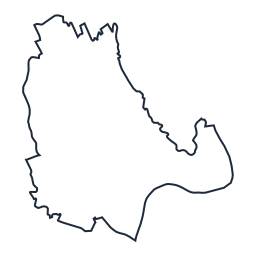 outline of Vinh, Nghệ An, Vietnam
{"feature_id": "81297802B9978574523269", "entity_name": "Vinh", "entity_type": "district", "adm_level": 2, "iso_a3": "VNM", "parent_name": "Vietnam", "parent_adm1": "Nghệ An", "projection": "robinson", "projection_center": [105.69, 18.704], "detail": "fine", "context": "isolated", "style": "outline", "palette": "slate", "viewbox_px": 256, "rotation_deg": 0, "n_neighbors": 0, "source": "geoboundaries", "source_scale": "gbopen_adm2", "svg_char_len": 4795}
<svg xmlns="http://www.w3.org/2000/svg" viewBox="0 0 256 256"><path d="M135.4,240.6L135.7,238.6L136.6,235.3L137.6,232.6L137.7,232.1L138.4,230.2L139.3,227.6L140.1,225.5L140.5,224.1L141.1,222.2L141.6,220.2L142.3,217.8L143.0,214.6L143.6,211.4L144.0,208.8L144.6,205.4L145.0,203.0L145.9,200.4L146.6,198.5L147.6,197.0L148.7,195.5L151.4,192.4L154.3,189.4L156.6,188.1L159.7,186.8L162.5,185.6L165.9,184.3L168.1,184.0L170.6,184.2L173.7,184.6L176.8,185.3L179.1,186.2L182.0,187.5L184.6,189.0L187.7,190.7L190.7,192.1L193.7,192.7L195.8,192.7L198.6,192.5L201.7,192.8L204.9,192.7L206.1,192.5L223.9,187.8L224.6,187.3L230.8,182.8L232.4,178.0L232.8,174.8L231.6,165.8L229.4,156.7L226.3,150.2L226.0,149.5L224.3,145.9L220.2,139.4L215.4,130.5L213.8,125.4L210.1,125.8L205.2,126.5L205.9,123.1L205.9,121.9L204.5,119.6L203.9,119.7L203.0,119.7L202.5,119.5L201.8,119.1L201.4,118.6L199.2,120.6L197.2,122.3L196.1,123.8L195.5,125.2L195.2,126.2L195.6,127.6L196.1,129.8L196.5,131.5L196.6,133.7L196.3,135.2L195.2,136.7L193.8,138.7L193.0,140.4L194.2,141.8L195.4,143.4L196.2,144.7L196.5,146.1L196.5,147.7L196.2,148.5L195.3,150.0L195.0,150.9L194.9,152.1L194.5,152.9L193.7,153.8L192.6,154.6L191.3,155.0L189.7,154.5L188.3,153.7L187.0,152.2L185.6,150.9L184.4,150.3L183.1,150.1L181.5,150.3L180.2,150.8L178.9,151.0L178.0,150.7L176.7,149.6L176.4,148.7L176.5,147.0L176.5,145.8L176.1,144.7L175.2,143.8L173.7,142.7L172.1,141.7L169.5,139.5L167.8,138.0L167.1,137.0L167.0,136.2L167.2,135.6L168.0,135.1L168.3,134.3L168.0,133.6L167.1,133.0L165.9,132.6L163.5,132.1L162.4,131.8L161.2,131.1L160.5,130.2L160.1,129.6L160.1,128.6L160.6,127.8L161.7,126.9L162.2,126.3L162.1,125.3L161.5,124.9L160.6,124.5L159.5,124.4L158.9,124.1L158.4,123.3L157.8,122.8L156.7,122.8L154.7,122.8L153.9,122.7L153.0,121.9L152.4,121.3L152.1,120.3L151.7,118.9L151.0,117.7L149.1,116.0L147.8,111.2L147.5,110.2L147.2,109.2L146.4,108.8L145.7,108.8L145.1,109.5L143.2,107.5L143.9,102.7L144.5,98.5L142.8,97.8L142.8,94.4L139.7,91.5L136.4,91.2L133.3,88.3L128.4,80.7L121.8,69.2L119.9,64.0L119.6,62.9L119.5,61.8L119.4,61.1L118.2,58.8L118.2,58.4L118.2,58.0L118.8,57.7L119.4,57.7L119.7,57.6L120.0,57.1L120.1,56.5L120.1,56.1L119.9,55.6L118.0,54.3L117.5,53.8L117.5,53.5L117.8,53.2L118.6,52.9L119.0,52.5L118.9,51.6L118.0,48.6L117.9,47.7L117.8,46.7L118.1,45.3L118.3,44.4L118.1,43.7L117.1,41.8L116.5,39.4L116.1,36.9L116.1,34.9L116.6,31.7L117.0,29.3L117.2,28.4L117.2,27.1L116.8,25.9L115.8,24.2L114.9,23.5L114.2,23.5L113.8,23.9L113.4,24.7L113.2,25.9L112.7,28.2L112.7,28.7L112.7,31.6L112.2,31.6L111.3,30.2L107.7,24.1L100.7,29.2L102.5,33.1L102.5,33.3L101.0,34.5L100.8,34.6L99.6,32.6L99.1,32.3L98.8,32.4L97.6,36.5L97.4,37.2L97.3,37.9L97.6,39.3L97.5,39.5L97.3,39.7L97.0,39.6L95.1,38.2L94.8,38.1L94.5,38.1L94.4,38.8L93.9,40.2L93.3,40.6L92.9,40.7L92.4,40.5L91.4,39.2L84.5,23.4L80.3,25.7L82.4,33.0L82.5,33.4L82.3,33.8L80.0,34.4L79.4,35.0L77.8,37.0L73.6,27.6L71.4,22.9L71.0,22.7L70.5,22.7L70.0,23.2L69.5,23.9L69.4,24.9L69.3,25.4L68.9,25.9L68.4,25.8L68.0,25.1L67.0,23.2L66.4,22.6L65.9,22.4L64.1,22.4L63.5,22.1L63.4,21.8L63.0,17.6L63.0,16.7L62.8,16.6L60.6,16.0L59.0,15.5L56.9,15.4L55.1,15.6L52.8,17.0L42.3,24.4L41.9,24.5L40.9,24.5L38.0,24.0L36.1,24.1L34.3,25.1L39.2,35.4L39.9,37.9L40.2,40.0L35.5,41.7L40.3,50.4L41.8,53.5L39.5,54.8L39.1,55.3L38.9,58.0L32.9,57.1L31.8,57.2L31.1,57.6L30.3,58.6L29.0,60.2L28.5,62.4L28.6,70.6L27.5,75.8L26.6,80.0L24.3,84.6L23.3,86.8L23.2,88.7L23.2,90.2L23.2,92.5L25.7,98.1L28.3,104.2L28.9,105.8L29.4,108.0L29.7,109.7L29.7,110.0L29.7,111.5L29.6,114.4L28.9,117.3L28.1,121.7L28.7,123.6L29.2,126.0L29.6,128.0L30.3,129.3L31.0,130.8L31.5,132.6L31.7,134.4L31.9,136.3L32.5,137.8L34.0,140.1L35.5,141.9L36.1,143.2L36.2,144.7L36.2,148.6L36.4,150.4L36.8,151.7L37.8,153.6L39.5,155.2L36.6,155.9L26.5,159.8L26.1,159.8L30.2,168.2L31.1,170.2L31.2,170.7L31.3,172.0L31.2,172.7L30.7,173.4L30.5,173.9L30.6,174.5L32.1,177.9L32.4,179.8L33.4,184.3L34.2,185.5L35.1,186.4L36.9,187.9L37.1,188.3L37.0,188.8L37.1,189.8L36.8,191.0L36.4,191.5L35.8,191.9L35.3,192.0L30.6,191.9L30.1,192.1L30.0,192.5L30.1,192.9L33.5,198.0L33.9,199.1L34.2,199.1L35.0,198.7L35.5,198.5L36.0,198.7L36.2,199.0L35.8,201.3L34.9,205.0L35.0,205.6L35.0,205.9L35.6,206.5L38.1,208.0L39.4,207.7L42.0,206.7L43.9,206.3L46.3,206.8L47.5,207.9L47.9,208.9L47.8,210.7L47.7,212.7L47.6,214.0L47.8,214.5L48.4,214.6L49.4,215.1L49.9,215.8L49.9,216.8L49.9,217.6L50.1,217.9L51.0,217.5L52.1,217.1L52.2,216.4L52.1,215.7L52.3,214.9L52.8,214.5L53.5,214.1L55.0,214.1L56.4,213.9L57.4,214.5L57.9,214.8L58.4,214.8L59.8,213.9L60.3,214.1L60.5,214.4L60.6,214.8L57.9,220.4L59.0,221.1L63.0,222.6L81.3,228.2L85.2,231.2L91.2,230.8L95.0,222.8L95.4,222.5L93.6,218.7L95.0,217.6L95.9,219.1L100.5,217.9L102.0,217.3L110.7,227.6L113.7,230.0L116.4,231.9L119.9,233.1L125.0,234.4L128.5,236.2L129.3,236.6L133.2,239.2L135.4,240.6Z" fill="none" stroke="#1e293b" stroke-width="2"/></svg>